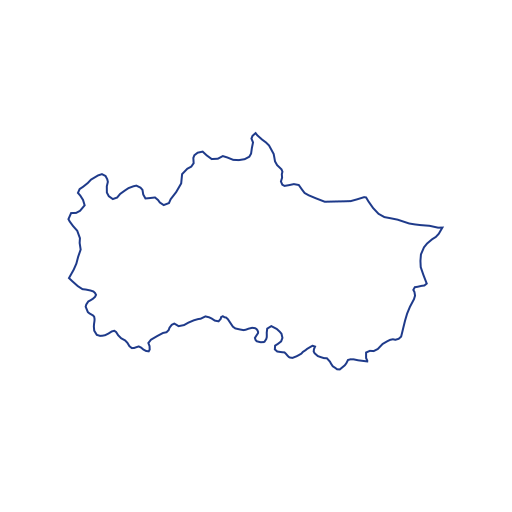 Lyakhavichy, Brest, Belarus (Albers equal-area conic projection), rotated 242°
{"feature_id": "67162791B80813457147779", "entity_name": "Lyakhavichy", "entity_type": "district", "adm_level": 2, "iso_a3": "BLR", "parent_name": "Belarus", "parent_adm1": "Brest", "projection": "albers", "projection_center": [26.164, 52.904], "detail": "fine", "context": "isolated", "style": "outline", "palette": "blue", "viewbox_px": 512, "rotation_deg": 242, "n_neighbors": 0, "source": "geoboundaries", "source_scale": "gbopen_adm2", "svg_char_len": 3741}
<svg xmlns="http://www.w3.org/2000/svg" viewBox="0 0 512 512"><g transform="rotate(242 256 256)"><path d="M364.7,313.3L363.7,309.3L361.8,307.1L357.7,306.7L353.2,303.0L348.7,299.7L346.8,296.7L346.8,291.5L348.7,285.9L351.6,281.0L356.5,276.9L359.8,273.6L359.8,268.0L362.4,262.4L368.0,259.7L373.2,257.9L374.6,253.0L373.9,248.9L372.0,246.7L367.2,244.5L365.3,240.8L365.3,236.3L363.0,229.2L355.2,224.0L349.9,215.5L346.2,207.3L343.6,204.0L344.3,198.4L348.4,196.2L351.4,195.8L355.1,194.3L357.3,188.7L358.7,185.4L363.2,185.3L367.7,186.8L370.6,186.1L374.3,183.4L375.1,180.5L375.8,175.3L375.4,171.2L374.6,165.2L372.8,160.8L373.5,156.3L377.9,154.1L382.0,154.1L387.6,157.0L391.0,160.0L393.6,160.7L397.3,160.7L400.6,158.4L401.3,154.4L400.9,146.2L399.4,141.7L398.3,135.8L397.9,131.7L395.3,128.4L391.9,129.2L386.7,129.6L381.2,128.5L378.5,121.8L378.5,117.4L380.7,112.9L376.6,107.7L374.7,107.7L374.0,107.7L368.5,108.5L362.2,110.0L354.4,108.9L350.3,106.4L344.0,104.2L338.8,98.6L333.6,93.8L329.5,88.6L324.3,80.5L320.4,81.8L313.1,84.5L308.2,87.2L306.2,90.1L303.2,93.7L301.0,95.8L298.9,96.5L296.8,96.5L295.5,94.7L294.8,91.9L294.6,89.0L294.6,86.6L292.9,83.4L291.2,81.8L285.4,81.2L283.5,82.0L280.0,84.2L278.4,84.6L276.2,83.9L274.5,82.9L271.9,81.0L269.8,79.7L266.0,78.1L261.1,78.4L258.7,80.8L257.7,83.0L256.9,85.6L256.8,89.4L257.1,93.2L256.5,95.8L254.5,96.8L250.7,97.1L246.7,98.3L242.9,100.8L239.7,101.7L235.8,101.9L233.0,103.1L232.0,105.2L231.7,107.3L231.2,110.0L229.0,111.6L226.4,112.6L223.8,114.3L222.2,116.5L223.3,118.2L226.4,119.7L229.7,120.1L231.4,123.9L231.7,131.3L231.7,137.8L230.7,141.2L231.6,144.1L233.3,146.0L234.8,149.3L234.7,152.1L232.5,153.5L230.4,154.7L228.8,160.0L228.9,165.1L228.4,170.9L227.5,175.2L226.6,177.7L226.5,180.5L226.4,183.0L223.9,185.8L221.6,187.5L218.3,189.3L215.9,192.3L217.1,195.4L218.4,196.5L218.4,198.4L216.6,199.5L215.7,200.7L213.4,201.5L210.4,201.8L204.5,202.4L201.8,203.7L198.7,207.3L196.4,210.2L195.7,212.4L195.3,215.4L194.4,218.9L192.8,221.2L191.4,222.1L189.7,222.4L187.9,222.2L186.9,221.5L186.0,219.8L185.5,218.9L184.2,216.6L182.1,216.2L180.4,216.6L179.0,218.1L177.7,219.6L176.5,222.1L176.3,223.2L177.9,226.1L179.3,227.4L181.3,228.5L183.3,229.5L186.6,231.8L186.9,236.6L181.8,240.1L178.1,241.4L175.4,242.0L171.3,240.9L168.8,238.1L168.1,233.9L167.9,230.8L164.7,228.8L161.7,229.9L158.7,234.0L157.5,235.9L155.7,236.5L153.0,237.1L151.4,237.6L150.5,238.2L148.9,240.4L148.7,242.2L148.4,244.7L148.4,247.0L148.5,250.2L149.3,252.3L149.6,255.6L150.0,257.5L150.2,262.0L150.2,263.8L148.3,265.6L146.6,263.5L144.6,262.1L142.6,262.1L138.6,263.6L136.0,266.0L133.9,268.1L132.4,270.6L128.0,271.7L125.8,271.7L122.6,272.0L119.9,273.5L117.9,274.4L116.5,276.7L117.8,283.1L118.9,285.4L121.0,288.4L120.4,291.0L118.9,293.7L115.9,297.3L110.7,304.7L111.3,305.1L114.2,305.3L119.1,307.9L118.8,312.0L116.8,315.3L116.7,319.9L118.9,326.5L119.1,331.9L119.0,335.1L118.2,337.8L116.6,339.7L115.9,343.1L116.7,346.3L119.9,349.2L123.3,352.2L129.0,357.3L134.2,362.4L138.9,368.1L143.7,375.2L146.3,377.8L149.8,379.0L152.2,379.0L153.9,381.6L153.0,384.1L151.9,388.2L150.9,390.8L151.5,393.8L160.6,394.9L168.8,396.2L174.5,398.9L180.0,402.4L184.8,408.4L186.7,412.9L188.1,419.4L188.4,423.7L189.8,427.8L193.6,433.9L195.5,430.1L201.2,423.4L206.1,415.7L209.3,411.1L212.8,406.5L221.6,398.1L226.2,392.5L230.1,387.6L235.7,384.0L243.4,381.9L251.5,380.9L256.0,380.7L257.2,379.1L258.6,371.7L260.0,365.4L263.1,359.1L266.3,352.8L271.6,342.2L278.9,335.9L284.9,331.0L288.8,328.5L293.0,327.8L298.6,327.1L301.7,323.2L303.1,318.3L304.5,314.1L306.6,312.7L310.1,313.0L312.9,315.8L316.1,317.2L318.0,318.9L320.5,319.2L323.3,318.3L326.3,317.3L330.6,317.2L334.6,318.5L337.8,319.5L347.5,319.4L351.6,318.1L356.0,316.0L362.0,313.8L364.7,313.3Z" fill="none" stroke="#1e3a8a" stroke-width="2"/></g></svg>